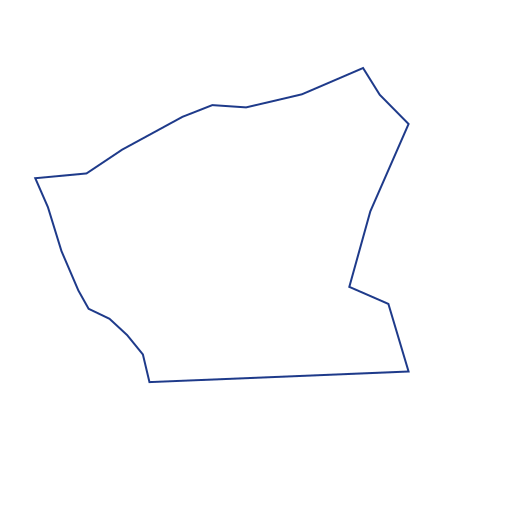 outline of Sardoba, Sirdaryo, Uzbekistan, rotated 162°
{"feature_id": "79887680B81197262322731", "entity_name": "Sardoba", "entity_type": "district", "adm_level": 2, "iso_a3": "UZB", "parent_name": "Uzbekistan", "parent_adm1": "Sirdaryo", "projection": "equal_earth", "projection_center": [68.315, 40.329], "detail": "fine", "context": "isolated", "style": "outline", "palette": "blue", "viewbox_px": 512, "rotation_deg": 162, "n_neighbors": 0, "source": "geoboundaries", "source_scale": "gbopen_adm2", "svg_char_len": 438}
<svg xmlns="http://www.w3.org/2000/svg" viewBox="0 0 512 512"><g transform="rotate(162 256 256)"><path d="M282.9,411.1L350.5,398.5L391.7,386.9L441.9,398.2L438.8,366.7L439.5,320.8L435.6,278.1L431.5,257.5L414.7,241.5L403.0,220.6L394.0,197.3L396.3,169.0L146.6,99.0L144.9,169.5L176.8,197.8L133.5,263.1L70.1,334.4L88.5,371.1L96.1,401.7L162.4,395.6L219.5,400.4L250.9,413.0L282.9,411.1Z" fill="none" stroke="#1e3a8a" stroke-width="2"/></g></svg>